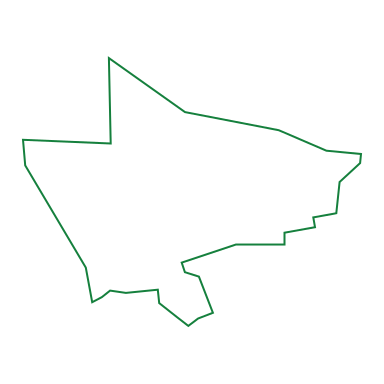 the district of 53, Ar Rayyān, Qatar
{"feature_id": "91078587B25441317691063", "entity_name": "53", "entity_type": "district", "adm_level": 2, "iso_a3": "QAT", "parent_name": "Qatar", "parent_adm1": "Ar Rayyān", "projection": "mercator", "projection_center": [51.366, 25.28], "detail": "fine", "context": "isolated", "style": "outline", "palette": "green", "viewbox_px": 384, "rotation_deg": 0, "n_neighbors": 0, "source": "geoboundaries", "source_scale": "gbopen_adm2", "svg_char_len": 540}
<svg xmlns="http://www.w3.org/2000/svg" viewBox="0 0 384 384"><path d="M92.2,302.2L101.9,297.1L110.1,290.6L125.9,292.9L157.8,289.7L159.2,303.1L176.7,316.9L188.3,325.9L198.1,318.5L212.9,312.8L198.9,276.6L184.9,272.2L181.7,262.6L236.0,244.5L284.5,244.5L284.5,232.7L315.0,227.2L313.3,217.4L334.4,213.6L336.3,213.2L339.6,182.0L360.1,163.1L360.2,162.2L361.0,154.0L326.4,150.7L283.2,132.1L278.7,130.2L185.0,112.1L108.9,58.1L110.7,143.5L23.0,139.8L23.3,143.2L25.2,165.4L85.8,267.6L92.2,302.2Z" fill="none" stroke="#15803d" stroke-width="2"/></svg>